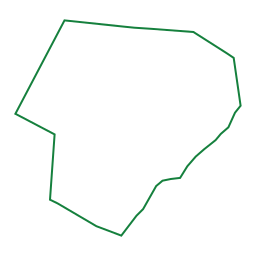 outline of Cedro de São João, Sergipe, Brazil
{"feature_id": "56859067B48791321223866", "entity_name": "Cedro de São João", "entity_type": "district", "adm_level": 2, "iso_a3": "BRA", "parent_name": "Brazil", "parent_adm1": "Sergipe", "projection": "orthographic", "projection_center": [-36.887, -10.273], "detail": "fine", "context": "isolated", "style": "outline", "palette": "green", "viewbox_px": 256, "rotation_deg": 0, "n_neighbors": 0, "source": "geoboundaries", "source_scale": "gbopen_adm2", "svg_char_len": 449}
<svg xmlns="http://www.w3.org/2000/svg" viewBox="0 0 256 256"><path d="M54.6,134.4L50.0,199.7L57.6,203.4L96.4,226.2L121.3,235.6L136.5,215.7L143.1,209.1L156.2,186.0L162.5,180.7L170.8,179.0L180.1,177.9L187.3,166.3L195.7,156.6L204.3,149.1L215.6,140.1L220.8,133.9L228.4,127.3L235.0,112.7L240.6,105.7L233.7,57.9L227.0,53.4L193.4,32.0L151.0,28.8L134.3,27.7L124.4,26.7L64.5,20.4L15.4,113.8L54.6,134.4Z" fill="none" stroke="#15803d" stroke-width="2"/></svg>